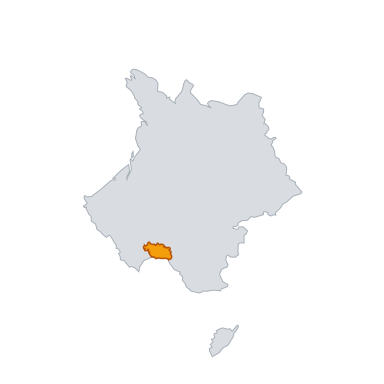 France, with Hérault highlighted, rotated 38°
{"feature_id": "FRA-5307", "entity_name": "Hérault", "entity_type": "Metropolitan department", "adm_level": 1, "iso_a3": "FRA", "parent_name": "France", "parent_adm1": "", "projection": "orthographic", "projection_center": [3.158, 43.595], "detail": "fine", "context": "in_parent", "style": "filled", "palette": "amber", "viewbox_px": 384, "rotation_deg": 38, "n_neighbors": 0, "source": "natural_earth", "source_scale": "10m", "svg_char_len": 5701}
<svg xmlns="http://www.w3.org/2000/svg" viewBox="0 0 384 384"><g transform="rotate(38 192 192)"><path d="M272.2,158.6L270.3,159.8L269.1,162.1L267.9,162.7L265.6,162.9L264.4,161.5L261.6,162.5L260.6,164.0L262.3,165.7L257.1,173.2L253.6,175.3L253.1,180.1L249.0,183.8L247.6,187.6L247.5,188.3L248.6,189.5L248.2,192.0L246.1,193.6L246.2,195.2L246.8,195.4L250.1,194.0L251.2,192.5L250.5,190.6L253.7,188.0L259.6,188.4L260.5,191.6L259.8,194.3L264.4,200.0L260.8,202.9L260.6,204.7L264.7,210.5L267.3,212.8L266.2,216.8L262.2,219.6L259.6,219.5L258.5,220.2L258.7,221.4L260.6,224.9L265.2,227.1L265.9,229.7L264.8,230.8L262.9,235.0L263.9,237.0L263.6,237.9L264.1,239.2L265.3,240.5L271.7,243.7L277.3,242.8L278.1,244.8L274.9,250.3L275.3,252.7L273.5,252.8L273.3,253.7L269.9,255.6L264.5,261.3L261.9,263.0L260.9,265.8L259.5,267.4L251.4,270.9L249.9,270.2L245.9,270.4L243.4,268.5L238.6,267.4L236.9,264.6L232.5,264.2L232.2,262.3L226.0,264.1L217.3,261.7L214.2,258.9L211.7,259.7L209.4,262.2L200.0,268.8L196.3,275.7L197.0,283.7L199.2,287.6L193.4,287.0L189.9,288.1L189.0,289.8L180.8,287.8L177.7,289.4L176.9,289.2L175.9,287.6L171.9,285.6L172.5,284.3L172.0,283.1L168.2,282.1L166.9,283.2L165.5,280.9L155.0,277.0L153.3,277.0L152.5,280.5L145.7,280.2L144.8,279.6L140.3,280.1L135.8,276.6L130.6,277.0L127.6,273.4L124.5,273.0L120.3,271.0L118.3,270.0L118.1,269.0L116.8,270.5L115.2,270.0L114.9,269.5L116.0,267.7L116.3,265.4L111.0,263.5L109.7,261.8L109.7,260.9L112.7,260.3L115.5,257.4L118.5,246.3L121.0,233.1L122.5,230.7L124.1,230.1L122.9,228.2L121.2,230.5L122.8,218.4L125.2,209.4L129.4,213.3L130.3,215.0L131.4,220.5L133.7,222.9L132.2,220.6L131.0,213.3L130.1,211.2L123.4,204.8L123.3,203.4L126.3,204.3L125.3,199.7L125.1,190.2L120.9,189.0L114.5,184.6L110.4,177.0L110.1,174.3L111.5,171.5L110.5,169.6L108.7,168.2L110.3,165.9L111.7,165.7L116.3,167.4L112.6,164.9L106.3,165.2L103.8,164.2L103.5,162.5L105.4,160.4L103.4,158.9L99.8,159.0L99.4,158.4L100.6,156.9L99.7,156.2L96.8,156.6L95.1,156.0L93.7,154.1L89.1,153.3L88.1,152.2L81.8,149.6L75.0,149.4L73.5,145.6L69.6,143.5L70.5,142.5L74.7,141.8L75.6,140.9L72.8,139.1L71.9,137.6L77.3,137.7L75.0,135.9L69.7,135.5L69.3,133.4L70.2,131.2L73.4,129.6L81.2,128.1L86.8,128.5L90.9,126.3L94.9,126.0L98.4,127.5L103.0,134.0L107.2,131.6L113.1,132.0L114.2,133.7L116.0,130.9L117.2,132.7L124.5,132.5L122.9,131.3L121.7,128.6L122.0,118.9L118.8,111.6L118.1,109.0L118.4,106.9L122.7,107.5L126.3,106.7L127.9,107.5L128.1,112.0L129.4,114.7L139.2,116.0L144.9,117.7L149.8,115.3L154.4,114.3L154.7,113.7L152.1,113.9L149.8,112.7L149.5,111.5L150.9,108.0L157.9,104.3L168.0,101.2L170.6,99.1L173.6,95.1L173.0,94.1L173.6,83.2L175.1,79.7L178.9,77.2L188.4,74.7L189.6,78.1L189.5,80.1L192.0,83.2L193.3,84.1L197.4,82.5L199.4,85.3L200.0,88.5L205.1,89.8L206.6,94.0L207.5,93.1L210.7,93.3L212.2,93.6L214.2,95.4L213.6,97.9L214.6,99.1L213.7,101.4L214.4,102.4L220.2,102.3L221.9,101.3L222.7,98.9L224.4,97.5L225.1,97.9L224.1,102.3L224.9,103.4L225.4,106.4L227.6,106.6L232.0,109.0L235.8,113.0L240.3,112.2L243.9,114.3L247.5,113.0L251.0,114.1L252.3,115.3L255.8,120.9L258.3,119.6L260.1,120.2L260.7,121.8L267.3,120.5L268.6,122.1L270.0,122.6L278.6,124.3L278.8,126.4L274.3,132.8L272.7,141.7L271.4,144.8L271.0,147.0L271.5,148.5L271.4,150.9L270.6,156.7L271.3,158.3L272.2,158.6ZM312.2,274.1L312.0,277.7L313.5,280.2L314.7,290.5L312.4,295.7L312.3,301.9L309.4,309.3L303.8,306.5L302.1,304.8L303.4,302.0L300.2,300.7L300.8,298.0L300.4,296.6L298.2,296.6L298.0,296.0L299.5,293.8L299.4,292.5L297.2,291.0L296.7,289.6L298.6,287.9L297.6,286.5L296.5,286.2L298.9,281.3L300.6,279.8L304.6,278.2L306.2,276.3L309.0,277.0L309.4,276.5L309.7,269.0L310.7,268.8L311.6,269.8L312.2,274.1ZM124.0,200.2L123.3,202.3L120.8,198.4L120.6,196.4L124.0,200.2Z" fill="#d9dde1" stroke="#a8b0b8" stroke-width="1"/><path d="M215.1,259.9L214.1,259.8L213.1,260.0L212.4,260.2L212.2,260.4L208.6,263.4L206.5,264.3L206.0,264.8L204.6,266.7L204.2,266.8L203.5,266.5L203.1,266.6L202.3,266.6L201.1,267.1L199.8,268.2L199.3,267.8L198.8,267.5L198.1,267.4L197.4,267.4L197.1,267.2L196.5,266.8L196.3,266.7L195.9,266.7L195.6,266.6L195.4,266.3L195.5,265.7L195.3,265.8L194.5,265.9L194.2,265.8L194.0,265.6L193.3,264.2L193.1,264.1L192.8,264.1L192.7,264.4L192.7,265.1L192.5,265.8L191.0,267.2L190.6,267.0L190.2,266.8L190.1,266.5L190.0,266.1L189.8,265.6L189.4,266.2L188.9,266.3L188.4,266.0L187.9,265.6L187.5,265.0L187.4,264.5L187.7,264.0L188.1,263.4L187.7,263.1L187.9,263.1L188.0,263.1L188.4,263.0L188.8,262.7L189.3,262.2L189.3,261.9L189.2,261.6L189.2,261.3L189.2,261.2L189.3,260.7L189.2,260.4L188.9,260.1L188.7,259.8L188.6,259.7L188.7,259.2L188.7,258.8L188.7,258.7L188.9,258.4L188.9,258.1L189.0,258.0L189.2,257.9L189.6,257.8L189.9,257.8L190.1,257.9L191.0,258.3L191.4,258.4L193.4,257.5L193.5,257.4L193.7,257.2L193.9,256.8L194.2,256.5L194.7,256.4L195.1,256.3L195.4,256.4L195.6,256.5L195.9,256.6L196.0,256.6L196.3,256.3L196.4,256.0L196.4,255.7L196.4,255.4L196.4,255.2L196.5,255.1L196.5,254.9L196.5,254.7L196.4,254.6L196.3,254.4L196.3,254.1L196.3,253.8L196.4,253.6L196.6,253.4L197.0,253.3L197.6,253.5L198.1,253.5L198.5,253.6L198.8,253.6L199.1,253.4L199.3,253.3L199.5,252.9L199.6,252.7L199.6,252.3L199.8,252.1L200.1,251.9L200.3,251.7L201.0,251.7L201.5,251.3L202.4,251.3L202.7,251.5L203.0,252.2L203.2,252.5L203.4,252.6L203.6,252.6L203.7,252.3L203.8,252.0L203.9,251.7L204.2,251.6L204.5,251.7L205.1,252.2L205.5,252.3L205.8,252.0L206.2,251.1L206.6,251.0L207.0,251.1L207.3,251.1L207.4,250.8L207.5,250.3L208.2,249.7L209.3,249.8L210.0,250.5L209.6,251.6L210.2,252.1L211.5,251.9L212.1,251.9L212.4,252.1L212.5,252.3L212.6,252.6L212.6,253.5L212.7,253.8L212.8,253.9L213.6,253.9L214.7,254.7L215.5,255.1L215.7,255.3L216.4,256.5L216.5,257.7L216.0,258.7L215.0,259.1L215.0,259.7L215.1,259.9Z" fill="#f59e0b" stroke="#b45309" stroke-width="1.5"/></g></svg>